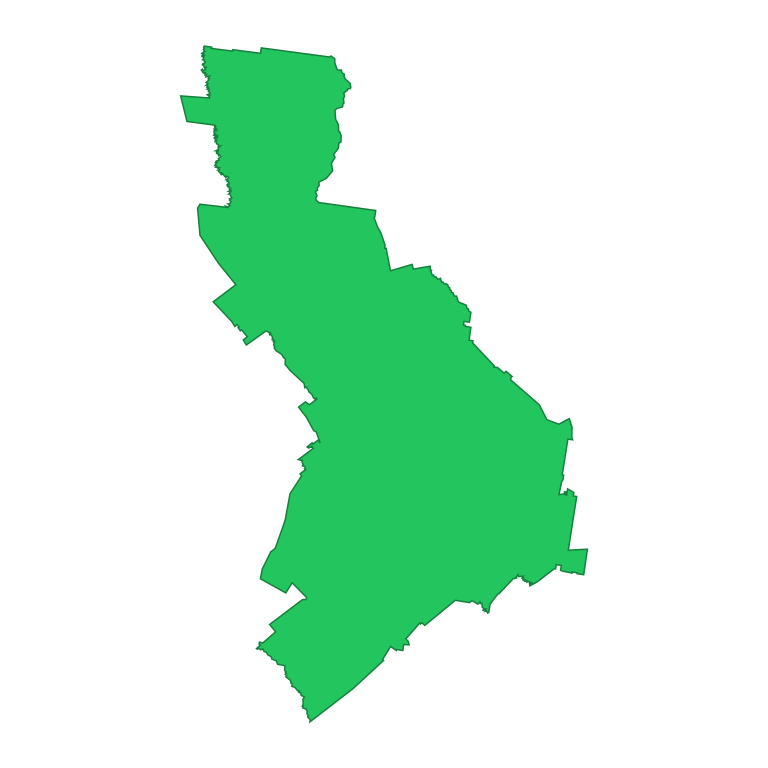 Warren, New South Wales, Australia (Albers equal-area conic projection)
{"feature_id": "25037944B92926148840872", "entity_name": "Warren", "entity_type": "district", "adm_level": 2, "iso_a3": "AUS", "parent_name": "Australia", "parent_adm1": "New South Wales", "projection": "albers", "projection_center": [147.59, -31.296], "detail": "fine", "context": "isolated", "style": "filled", "palette": "green", "viewbox_px": 768, "rotation_deg": 0, "n_neighbors": 0, "source": "geoboundaries", "source_scale": "gbopen_adm2", "svg_char_len": 6032}
<svg xmlns="http://www.w3.org/2000/svg" viewBox="0 0 768 768"><path d="M256.5,648.6L257.4,649.2L258.9,648.3L260.6,649.8L262.9,649.1L264.2,651.8L266.4,652.0L267.7,654.8L271.3,656.8L271.9,659.2L276.4,660.8L277.6,664.3L284.8,665.6L284.7,670.6L285.8,671.4L285.4,672.3L286.1,673.1L285.2,674.3L286.7,675.7L285.9,676.8L290.6,680.6L291.0,683.3L292.3,683.8L291.9,686.4L294.9,687.4L297.4,690.5L298.3,690.6L298.5,691.9L299.4,691.3L299.7,692.7L300.7,692.7L301.1,695.3L304.5,697.1L302.9,699.1L303.2,703.7L302.3,706.3L303.0,706.2L302.9,708.1L305.9,708.9L307.2,711.5L307.0,713.7L308.2,715.7L307.7,717.0L310.3,719.7L309.9,721.9L353.3,688.4L383.6,660.4L382.6,659.5L390.6,646.5L396.3,650.4L396.4,649.5L402.8,650.5L403.7,644.5L409.1,644.9L408.4,641.7L405.9,638.8L419.7,623.1L420.7,624.0L421.8,622.7L424.8,625.4L455.3,600.3L469.6,602.6L472.1,600.6L477.8,604.1L478.9,603.6L479.4,602.1L480.5,602.0L480.7,603.5L482.2,603.9L482.1,607.0L483.8,608.6L482.7,610.9L484.9,608.9L486.1,608.9L484.9,611.4L486.7,611.1L487.6,613.0L488.8,612.4L490.0,604.4L493.6,599.4L498.3,593.5L499.1,593.6L513.1,578.8L516.6,577.9L516.1,577.1L518.0,574.7L518.4,576.5L523.4,576.2L522.2,577.9L524.2,578.0L522.7,578.7L523.2,580.2L525.0,579.7L524.7,581.3L527.2,580.9L527.1,582.1L528.5,581.5L532.5,583.2L531.1,584.3L529.5,583.1L529.9,585.8L536.7,582.2L554.4,568.7L555.6,568.9L556.3,564.6L561.3,565.5L560.5,570.3L562.0,571.0L572.1,573.1L572.1,572.0L577.3,572.8L577.1,573.7L583.7,574.7L587.4,549.2L568.3,550.2L576.7,496.5L573.3,496.0L573.8,492.4L567.6,488.9L566.7,495.0L565.4,494.8L566.6,492.1L564.6,491.8L564.3,494.0L559.0,494.6L561.7,481.6L563.0,479.6L563.6,475.1L562.2,474.9L567.9,439.1L572.6,439.8L571.8,436.7L572.0,427.2L569.3,418.6L558.8,424.2L546.9,419.7L539.3,404.8L510.7,379.9L511.1,377.1L512.1,376.5L506.1,371.3L504.1,373.1L497.5,367.5L493.9,367.2L494.2,365.8L472.6,342.9L472.9,340.8L469.1,340.2L470.9,327.3L465.2,326.4L465.3,325.3L463.4,325.0L464.0,321.4L469.4,322.2L470.9,312.3L468.9,311.1L468.1,308.7L466.8,308.2L466.4,305.3L458.3,301.9L456.6,296.1L454.4,296.2L452.9,292.7L451.6,292.5L451.2,290.5L449.6,289.4L449.9,288.0L448.4,287.0L447.6,284.6L445.3,283.6L444.5,284.1L442.7,281.9L441.5,282.0L440.5,278.3L437.8,279.4L436.0,277.0L434.4,276.9L433.6,275.1L432.2,275.1L431.0,271.4L431.5,270.3L430.1,269.7L430.2,266.2L413.3,269.1L412.1,264.4L390.5,270.8L386.1,248.2L384.6,248.2L385.0,245.0L380.9,232.9L377.5,226.9L374.0,217.4L374.8,217.0L375.7,210.5L318.7,202.5L316.2,200.1L315.7,198.1L317.0,195.8L315.7,192.4L315.9,191.1L317.5,190.4L317.3,187.9L319.2,185.5L318.8,182.2L326.4,178.3L332.6,170.8L331.4,163.4L335.0,157.3L333.6,154.6L338.4,148.1L338.8,143.3L341.0,141.9L341.1,135.5L339.7,131.8L338.7,131.4L338.4,124.7L335.6,119.2L335.0,110.4L337.0,108.3L342.5,106.9L343.0,103.9L344.0,103.0L343.4,99.0L344.5,96.3L343.8,92.8L347.0,90.7L348.1,88.8L350.3,88.6L350.8,87.1L350.1,83.4L345.2,78.9L344.0,76.0L344.4,74.4L342.1,72.7L341.3,70.1L337.9,70.1L336.8,68.8L334.9,63.0L334.7,58.6L330.9,56.0L329.5,57.0L261.3,47.9L260.5,53.3L232.8,49.7L232.5,51.1L211.3,48.4L211.7,47.1L204.3,46.1L203.6,47.2L204.4,48.3L203.4,49.5L204.8,51.3L203.9,51.3L203.8,53.3L202.8,52.7L201.7,53.5L203.7,55.0L202.0,55.5L202.0,56.5L204.1,56.1L203.3,57.6L203.7,58.6L202.6,59.7L204.4,60.3L204.4,61.5L205.2,61.7L204.7,63.3L202.3,63.9L203.3,64.1L202.5,64.9L203.7,65.3L204.2,67.5L207.0,67.2L204.9,68.3L205.4,69.7L203.1,70.5L202.4,69.2L200.9,70.4L201.7,70.2L202.9,72.5L205.0,72.6L204.3,73.3L205.1,73.6L205.0,74.9L206.5,74.4L205.8,76.9L209.2,76.2L208.7,76.7L209.3,78.5L208.2,78.5L208.5,80.4L206.1,82.5L207.9,83.6L206.0,85.4L207.3,85.4L207.8,86.7L206.4,87.5L208.6,87.4L208.9,88.3L207.2,89.2L209.1,90.1L208.3,91.4L209.9,92.4L209.8,93.6L207.2,94.7L208.4,95.7L209.8,95.4L209.1,96.5L209.5,98.0L180.6,95.9L187.0,121.5L214.5,125.1L215.1,125.7L214.7,126.4L215.7,126.6L214.8,127.5L216.5,129.1L214.4,129.1L215.9,130.7L214.2,130.4L213.9,132.6L215.0,133.4L213.8,135.1L216.2,135.1L214.8,137.0L217.5,136.1L217.3,137.9L214.9,138.5L216.4,140.0L215.3,140.1L215.1,141.7L216.3,141.5L216.5,143.7L218.6,144.8L218.3,146.6L220.3,146.0L218.2,148.3L218.1,149.7L215.7,150.8L218.0,151.1L216.5,152.4L216.6,153.5L218.0,153.3L218.5,155.6L219.2,154.9L221.0,156.4L218.4,158.8L219.1,160.2L216.3,161.0L215.5,162.6L216.9,162.5L214.7,165.6L216.2,165.6L216.6,166.4L215.7,167.3L219.3,167.7L218.1,168.4L219.0,169.3L217.9,170.0L219.3,170.2L218.7,171.5L220.0,172.9L221.7,172.8L221.5,173.7L220.7,173.6L221.2,174.7L223.2,174.2L224.7,176.5L225.9,176.3L225.9,177.4L227.2,176.4L228.6,177.3L228.4,178.4L226.3,179.7L227.1,179.8L227.2,181.6L228.4,181.2L229.0,183.9L228.4,184.7L227.2,183.8L227.7,184.6L227.0,185.2L227.8,186.7L229.4,186.8L229.1,188.0L230.7,188.4L229.4,189.8L230.9,190.7L228.8,191.4L230.6,191.9L228.7,194.1L229.9,194.0L231.8,198.0L229.7,198.8L230.5,199.4L229.5,200.2L231.2,202.0L229.6,203.8L228.0,204.0L230.0,205.4L228.3,206.9L225.8,206.3L226.9,207.4L200.0,204.2L197.6,208.1L200.0,235.4L218.3,263.0L235.8,284.7L213.2,301.8L231.7,321.4L234.8,326.5L237.2,324.6L238.9,327.0L238.1,327.7L240.4,330.8L241.6,329.9L247.3,336.8L243.3,339.9L246.3,345.0L266.0,331.0L269.3,332.5L269.6,334.3L270.5,333.2L271.1,334.9L270.5,335.4L271.3,335.2L272.5,336.9L272.2,339.6L273.3,339.5L273.4,340.8L274.5,341.1L273.5,341.8L274.4,342.2L273.6,344.9L274.6,346.4L274.2,348.0L276.2,350.8L281.7,354.4L283.7,357.8L285.4,358.9L285.1,364.4L290.2,370.5L304.1,383.5L304.8,387.6L305.7,386.9L308.0,389.3L308.9,391.9L311.9,394.5L313.6,398.1L314.8,399.0L316.3,398.0L316.9,399.1L309.3,404.7L305.4,401.9L298.5,407.1L306.5,417.4L313.7,430.7L316.2,431.8L320.2,442.9L318.2,440.0L312.9,444.0L312.1,442.9L310.8,443.9L307.1,447.0L308.7,448.0L308.6,447.1L311.2,447.3L311.7,446.4L313.2,448.4L298.3,459.6L302.4,460.5L301.9,461.9L303.1,464.4L302.4,465.8L304.6,466.4L305.2,467.7L304.6,468.8L305.6,469.7L300.1,473.7L301.6,475.8L290.0,493.8L285.2,520.0L282.5,527.9L275.2,548.4L270.7,551.9L262.2,569.2L260.4,578.8L285.8,592.9L292.2,582.8L306.6,597.5L306.1,599.5L302.5,599.6L269.6,624.5L275.6,631.8L262.9,642.9L259.4,642.1L259.1,644.2L260.3,645.2L256.5,648.6Z" fill="#22c55e" stroke="#15803d" stroke-width="1.5"/></svg>